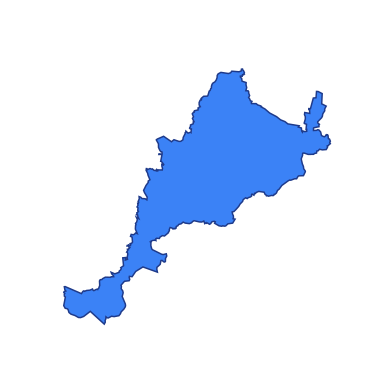 the district of Zihuateutla, Puebla, Mexico, rotated 348°
{"feature_id": "50627088B80124610237867", "entity_name": "Zihuateutla", "entity_type": "district", "adm_level": 2, "iso_a3": "MEX", "parent_name": "Mexico", "parent_adm1": "Puebla", "projection": "natural_earth1", "projection_center": [-97.808, 20.291], "detail": "fine", "context": "isolated", "style": "filled", "palette": "blue", "viewbox_px": 384, "rotation_deg": 348, "n_neighbors": 0, "source": "geoboundaries", "source_scale": "gbopen_adm2", "svg_char_len": 6077}
<svg xmlns="http://www.w3.org/2000/svg" viewBox="0 0 384 384"><g transform="rotate(348 192 192)"><path d="M48.2,286.3L52.0,288.6L54.8,291.1L56.9,291.7L60.2,291.2L67.7,287.6L78.7,303.0L80.1,301.3L80.3,299.6L81.2,298.4L81.9,296.2L82.8,297.4L83.9,297.8L87.5,296.8L89.9,297.7L94.8,297.8L96.7,296.2L97.8,294.5L101.0,292.4L102.9,290.4L103.4,289.2L103.5,287.6L102.0,279.7L103.7,276.3L103.7,274.3L102.6,271.8L103.3,269.9L103.2,268.4L107.4,265.3L112.1,265.7L112.9,264.6L112.8,262.5L113.2,261.5L115.8,262.4L120.4,258.0L128.4,255.1L141.5,263.2L141.5,260.4L142.0,258.4L145.8,256.2L147.4,252.6L148.5,252.7L149.9,254.5L150.7,254.8L151.5,254.5L152.3,251.4L154.0,249.4L154.0,247.1L150.9,247.2L149.4,246.6L141.3,240.2L140.8,239.2L140.6,236.0L141.3,232.9L140.9,232.2L141.8,232.1L141.9,231.5L144.0,231.2L145.4,231.5L145.7,231.2L146.6,232.0L147.0,230.1L147.9,229.9L150.4,230.7L151.3,229.5L153.9,228.5L156.0,229.3L160.5,226.9L160.5,226.4L161.8,225.2L162.0,223.9L163.2,222.2L164.7,222.9L165.7,224.2L166.1,223.8L167.6,224.5L167.8,224.0L168.8,224.1L169.5,222.4L171.1,222.1L172.2,221.0L174.9,220.8L177.1,219.6L178.9,221.0L182.8,222.4L185.2,222.0L186.3,221.1L188.0,220.5L193.0,222.8L195.3,223.4L197.5,222.9L197.9,225.6L199.4,224.9L199.6,225.6L200.6,225.5L202.4,227.2L203.6,226.9L205.4,225.2L207.7,225.3L208.6,226.0L207.6,227.3L211.4,230.7L214.1,231.7L215.2,231.4L216.3,232.1L217.9,232.2L220.5,230.6L225.3,230.9L228.5,227.5L226.6,226.7L227.3,225.4L227.5,223.6L227.1,222.3L227.1,219.9L229.0,219.8L231.3,218.3L234.7,215.8L236.5,213.8L239.5,211.8L240.5,210.1L243.3,208.8L244.6,209.9L246.0,209.2L248.2,209.0L249.4,208.4L249.7,206.9L250.3,206.5L251.9,208.0L252.9,206.3L253.7,206.7L254.7,205.8L257.4,205.3L262.5,207.2L263.0,209.5L263.8,210.3L264.0,211.2L264.5,211.1L266.0,212.0L269.1,211.9L270.6,212.4L271.6,212.0L271.8,211.4L272.9,211.4L274.4,210.5L275.9,208.3L277.9,207.3L281.2,204.3L288.1,201.2L289.9,200.6L291.1,201.0L295.2,200.4L297.1,200.8L298.9,198.8L299.7,198.4L304.4,199.2L307.1,195.7L307.1,194.9L306.1,192.5L306.3,190.1L305.8,187.6L305.7,183.1L305.9,182.0L307.7,179.3L308.2,177.4L308.7,177.0L310.1,177.4L313.5,179.4L318.8,180.4L319.8,179.8L321.9,179.8L322.6,177.9L324.0,177.9L325.6,176.7L328.3,177.9L332.1,178.4L333.8,176.5L333.9,175.0L335.0,175.0L336.1,174.0L337.4,173.5L337.0,172.0L337.9,171.1L337.5,168.8L336.5,168.2L336.8,165.0L336.5,164.2L335.7,163.9L335.4,164.4L334.7,164.2L334.4,164.8L333.2,165.5L332.0,165.0L330.4,163.7L330.3,160.0L329.0,157.7L327.9,157.2L326.6,157.6L323.6,157.1L324.1,154.8L324.5,154.5L329.8,154.5L330.1,152.8L330.7,152.3L329.3,150.5L329.6,149.4L334.1,146.4L335.2,145.2L336.2,142.7L338.7,140.2L339.1,138.3L341.1,135.9L337.2,132.7L339.8,122.8L336.2,119.9L334.7,119.5L332.9,125.6L330.2,125.3L325.2,135.1L323.6,134.7L323.4,135.5L324.2,135.5L323.5,139.6L318.8,137.7L318.1,139.7L318.5,141.8L318.0,144.2L316.1,147.8L316.1,148.3L318.1,149.6L316.6,154.4L317.2,154.5L316.8,156.5L314.9,156.4L313.2,155.4L312.5,156.5L312.0,155.3L312.3,152.1L309.5,150.6L310.6,149.5L299.9,145.3L297.6,142.5L293.6,139.8L290.5,136.0L284.3,130.8L280.6,125.9L277.3,123.1L277.7,122.7L277.0,122.0L274.4,120.5L273.1,118.9L268.6,117.9L268.5,117.1L269.5,115.8L268.1,114.9L267.7,112.7L267.0,111.4L268.4,109.7L268.0,107.0L268.3,105.8L267.9,104.7L265.7,104.1L267.2,101.3L267.1,98.4L267.7,96.2L264.0,94.0L264.2,91.2L263.2,89.6L263.4,88.7L265.2,89.2L265.8,87.7L266.8,88.1L267.7,87.6L267.4,87.1L268.1,86.1L267.5,83.7L266.8,82.9L266.9,82.2L265.9,82.1L265.3,83.8L263.0,84.2L256.0,82.1L254.6,83.4L252.3,83.7L245.1,81.0L242.1,81.9L240.9,83.2L240.3,85.4L238.9,87.6L237.2,89.1L235.1,89.8L234.0,90.8L233.0,92.6L232.6,94.3L231.7,94.9L230.9,96.4L229.8,96.9L227.5,101.1L226.9,101.4L223.3,100.8L220.7,102.2L220.5,102.4L220.9,102.4L220.3,103.9L218.9,104.1L217.6,105.9L217.1,108.3L217.8,110.3L216.5,110.5L215.8,111.4L215.4,111.2L215.0,113.0L211.3,113.0L210.8,114.3L210.3,114.1L208.5,115.6L209.1,118.8L207.7,120.1L208.6,123.7L207.8,123.7L207.4,125.5L204.5,126.1L204.1,127.6L203.1,128.7L202.9,129.1L203.5,130.0L204.5,130.2L203.4,133.6L203.1,133.2L200.4,133.6L198.7,131.2L198.3,132.3L197.6,132.6L197.5,133.4L194.8,136.7L193.9,139.1L191.5,140.1L189.8,139.8L185.2,137.1L182.4,138.6L175.8,131.6L169.0,133.0L167.9,133.6L169.2,137.9L168.5,141.4L169.2,144.6L169.9,146.1L170.8,146.3L170.9,147.7L170.5,148.8L167.7,147.8L167.4,148.4L170.5,149.0L167.8,155.4L168.3,155.5L170.1,159.2L169.7,159.7L168.2,158.7L167.9,160.8L168.1,162.6L167.5,164.3L162.9,163.2L162.9,164.2L162.1,164.2L161.7,164.0L162.3,163.3L162.1,162.6L161.1,163.4L159.4,163.0L158.1,161.2L157.6,161.4L155.8,160.3L153.8,160.7L153.0,160.2L152.6,160.9L152.6,159.7L152.2,159.6L151.6,161.3L152.5,164.4L152.5,166.6L153.4,171.3L151.4,172.2L151.2,173.5L148.4,176.0L145.0,180.3L145.4,182.7L147.1,187.7L146.2,190.3L144.7,188.8L141.7,188.0L140.8,186.5L139.3,185.5L139.0,187.7L137.4,190.0L137.2,190.4L137.7,190.9L137.0,192.2L136.5,192.0L136.4,193.8L135.1,195.2L135.9,196.3L135.1,198.7L135.6,199.7L134.8,200.2L134.6,200.8L133.7,200.9L133.6,202.2L133.2,202.5L133.9,202.6L134.1,203.3L133.7,203.5L134.4,206.9L132.3,205.1L132.8,207.5L131.6,209.9L130.2,211.0L130.4,212.3L129.8,213.1L128.9,216.5L129.8,221.3L128.3,220.3L127.0,221.3L125.6,221.6L123.7,220.8L122.6,222.6L124.0,223.7L123.4,228.6L122.3,229.6L120.8,229.6L121.1,230.8L120.7,231.5L118.8,230.4L118.0,231.1L117.4,230.9L117.2,231.3L118.2,231.5L119.6,233.2L118.9,233.4L119.0,234.0L117.9,234.4L117.8,235.0L116.9,234.7L116.9,235.9L115.6,237.2L116.2,237.6L116.3,239.2L114.9,242.9L114.9,243.8L113.7,244.1L114.2,244.5L112.6,244.7L113.5,242.3L110.6,242.0L109.7,249.9L106.6,251.2L106.9,252.0L106.1,253.3L104.3,254.3L104.0,255.4L99.5,256.0L96.2,253.7L96.4,255.3L97.8,257.6L97.8,258.6L95.3,258.1L94.6,258.5L89.5,257.3L86.5,258.2L85.6,258.9L84.0,258.7L83.0,259.8L82.3,264.2L80.7,266.8L79.9,267.1L79.5,267.8L78.3,267.3L75.5,268.1L74.7,267.3L74.5,266.2L71.7,266.8L68.5,266.4L66.2,266.8L65.7,266.2L64.7,266.5L62.7,268.4L48.2,258.1L47.4,258.1L47.3,261.2L48.0,262.6L46.2,262.8L45.7,263.7L46.5,264.7L45.8,265.5L45.5,267.4L46.3,268.4L42.9,276.5L43.8,279.4L45.6,280.2L46.3,281.0L46.6,284.3L48.2,286.3Z" fill="#3b82f6" stroke="#1e3a8a" stroke-width="1.5"/></g></svg>